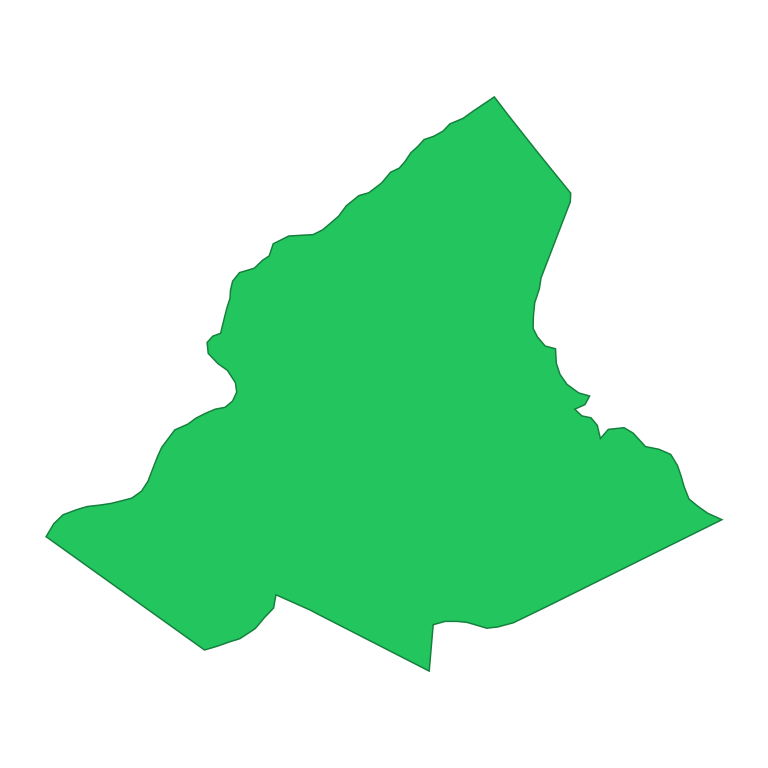 São João do Jaguaribe, Ceará, Brazil (orthographic projection)
{"feature_id": "56859067B82663693461417", "entity_name": "São João do Jaguaribe", "entity_type": "district", "adm_level": 2, "iso_a3": "BRA", "parent_name": "Brazil", "parent_adm1": "Ceará", "projection": "orthographic", "projection_center": [-38.275, -5.311], "detail": "fine", "context": "isolated", "style": "filled", "palette": "green", "viewbox_px": 768, "rotation_deg": 0, "n_neighbors": 0, "source": "geoboundaries", "source_scale": "gbopen_adm2", "svg_char_len": 1541}
<svg xmlns="http://www.w3.org/2000/svg" viewBox="0 0 768 768"><path d="M721.9,519.7L707.6,513.2L698.1,506.5L689.0,499.0L684.2,486.9L681.0,475.8L677.5,465.6L670.7,454.4L659.0,449.3L645.5,446.6L633.1,433.1L624.0,427.7L608.3,429.4L600.4,438.5L597.3,425.4L591.0,417.8L581.9,415.9L574.7,409.2L585.0,404.6L589.6,396.0L578.7,392.9L567.0,384.4L560.0,374.4L556.3,363.2L555.5,348.8L545.1,346.0L537.5,337.0L533.1,328.4L533.4,316.3L534.7,302.8L539.4,288.7L541.0,278.0L570.3,201.8L570.7,193.2L536.9,151.4L507.7,114.5L494.3,96.9L473.6,110.8L463.0,118.4L450.0,123.8L442.9,131.2L433.4,136.4L424.0,139.6L418.0,146.3L410.8,152.8L405.1,161.4L399.3,168.1L390.7,172.1L381.6,183.0L368.7,192.8L358.9,195.6L346.3,205.8L338.6,216.2L330.0,223.6L322.5,229.9L313.1,234.6L288.8,236.0L273.2,243.8L269.2,255.9L262.4,260.4L254.3,268.2L239.5,272.6L232.6,281.2L230.5,290.1L230.0,298.4L226.9,307.9L224.1,318.9L220.6,333.3L212.9,336.1L207.1,342.5L208.2,353.4L218.0,363.7L227.4,370.4L235.4,382.7L236.7,392.2L232.6,401.0L225.1,407.3L215.2,409.2L205.7,413.2L195.9,418.2L187.9,424.1L174.8,429.9L161.8,447.2L157.5,456.6L153.3,467.4L148.0,481.2L141.5,491.2L131.8,498.1L122.0,500.7L111.1,503.4L99.9,505.1L87.3,506.5L76.5,509.7L63.0,514.8L53.8,523.7L46.1,536.7L204.5,650.0L218.5,645.8L228.3,642.3L240.0,638.6L255.2,628.6L264.7,617.3L273.6,608.0L275.9,594.8L309.6,609.8L318.0,614.2L429.2,671.1L433.2,624.7L445.1,621.4L457.2,621.4L467.0,622.4L476.4,625.1L486.7,628.2L497.6,627.0L513.3,622.8L547.7,606.1L670.2,545.3L721.9,519.7Z" fill="#22c55e" stroke="#15803d" stroke-width="1.5"/></svg>